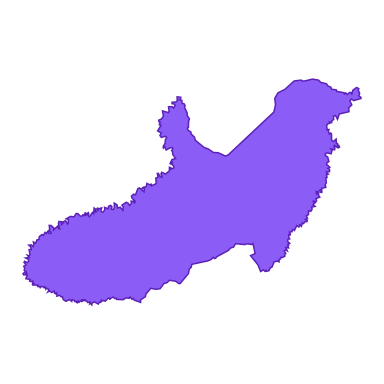 outline of Paragominas, Pará, Brazil
{"feature_id": "56859067B66130405512387", "entity_name": "Paragominas", "entity_type": "district", "adm_level": 2, "iso_a3": "BRA", "parent_name": "Brazil", "parent_adm1": "Pará", "projection": "natural_earth1", "projection_center": [-47.632, -3.124], "detail": "fine", "context": "isolated", "style": "filled", "palette": "violet", "viewbox_px": 384, "rotation_deg": 0, "n_neighbors": 0, "source": "geoboundaries", "source_scale": "gbopen_adm2", "svg_char_len": 5948}
<svg xmlns="http://www.w3.org/2000/svg" viewBox="0 0 384 384"><path d="M140.6,302.4L140.6,299.9L145.4,296.7L145.9,294.1L150.8,288.3L155.9,289.3L160.1,288.7L164.0,283.5L167.0,282.7L169.5,280.3L175.6,281.2L178.8,283.6L180.2,283.5L188.4,273.6L189.4,268.8L191.1,267.5L191.9,264.3L207.8,260.9L211.1,259.5L213.1,257.4L214.3,258.5L215.8,258.2L216.5,256.9L228.5,250.4L230.3,248.1L233.6,247.1L235.5,243.7L244.9,244.6L246.9,243.8L251.8,244.5L253.0,243.5L255.1,253.6L250.5,255.6L257.9,264.8L260.6,271.5L263.4,269.9L264.7,271.1L265.7,270.4L265.7,271.4L268.8,270.8L270.4,267.8L272.1,267.0L274.0,262.1L277.0,261.0L279.0,261.9L279.3,259.2L280.6,258.9L281.2,257.1L282.5,257.5L284.9,256.2L284.7,254.3L285.8,253.5L284.2,250.9L285.7,249.9L287.2,250.8L285.8,247.5L288.6,247.9L287.7,245.2L288.8,244.9L288.3,243.5L289.6,243.2L287.6,241.4L287.9,239.3L289.7,238.9L288.7,236.8L288.7,234.7L290.1,235.0L290.4,234.1L289.4,232.1L292.1,231.7L292.1,230.2L293.5,229.6L294.4,230.5L296.8,225.6L298.9,227.0L300.0,225.1L299.6,224.1L301.4,226.3L302.4,222.8L303.5,223.6L305.0,221.7L307.0,221.6L307.3,220.1L305.5,219.5L307.5,218.1L306.3,215.9L308.6,214.5L308.4,210.8L310.8,211.3L312.1,209.3L311.7,207.1L315.1,206.4L313.0,204.7L314.7,203.1L312.8,200.6L315.6,202.3L316.6,200.6L316.0,198.6L319.8,197.1L318.5,195.2L318.7,192.7L316.5,194.0L316.2,191.6L318.4,191.9L320.2,189.7L321.0,190.6L320.6,192.3L321.8,192.4L321.8,188.3L325.8,187.4L325.2,184.6L326.3,182.9L325.9,177.7L327.0,177.5L326.5,174.9L328.3,174.1L326.6,173.1L326.4,171.9L329.5,171.7L329.5,169.4L327.9,168.3L329.8,167.3L326.6,164.2L326.9,162.7L328.9,161.6L327.7,157.0L325.3,155.4L325.3,153.9L326.9,152.8L331.1,153.8L332.1,150.4L330.9,148.9L334.6,149.8L334.9,148.0L333.9,146.4L334.4,145.4L337.9,147.9L339.5,147.2L338.7,145.3L337.5,145.7L337.5,143.5L336.3,143.0L336.1,139.1L333.4,141.5L331.6,140.2L331.5,133.9L330.7,133.0L329.4,134.1L328.4,131.3L328.9,129.5L326.2,129.9L327.1,129.3L326.6,125.9L327.7,123.9L329.9,123.2L329.5,121.9L331.7,122.6L331.8,120.8L333.7,119.5L333.4,116.2L335.5,115.5L337.5,119.3L339.3,114.0L349.0,111.7L348.8,107.7L351.8,104.9L349.8,100.7L351.4,99.1L353.7,100.6L361.0,98.5L360.9,97.3L358.7,95.7L359.7,93.3L358.3,90.4L358.8,88.6L356.5,87.5L352.8,90.3L351.8,94.0L350.8,92.5L349.6,92.5L347.1,94.5L345.8,92.9L344.4,93.9L344.0,92.7L336.9,91.4L336.2,89.8L331.7,89.3L330.8,87.1L327.9,86.0L326.5,83.8L320.7,82.4L318.5,80.1L312.5,79.1L303.7,81.2L300.8,80.1L294.1,81.0L285.0,89.3L278.0,92.8L274.8,98.3L275.5,104.9L273.9,112.0L228.1,155.0L225.4,156.0L218.1,152.7L213.5,152.5L208.0,148.8L204.3,147.6L195.4,140.3L194.5,137.2L191.1,133.9L190.9,132.0L188.0,130.2L187.4,128.0L188.4,127.5L188.6,121.1L189.5,119.0L187.1,115.4L187.2,113.1L184.6,107.5L185.1,105.5L184.1,103.8L182.0,103.2L181.9,100.3L180.3,100.2L180.8,97.3L177.1,96.8L177.2,99.4L178.1,99.7L175.8,102.0L172.0,102.3L172.1,103.7L174.1,104.0L175.2,105.3L173.6,108.1L172.1,106.6L168.5,106.8L169.1,111.2L168.4,112.6L162.5,110.9L163.4,116.3L161.4,119.0L158.7,120.2L158.9,121.8L160.2,122.3L159.3,124.7L161.0,125.3L157.6,130.9L161.3,133.1L159.9,135.5L161.3,137.4L165.4,136.3L166.7,137.5L165.3,139.9L165.2,143.0L163.2,146.4L163.4,148.1L164.9,146.9L166.2,150.0L169.8,148.0L172.2,147.6L172.9,148.7L171.6,150.6L172.6,151.7L172.7,154.4L175.6,158.6L172.0,159.5L170.1,163.5L170.7,164.0L172.2,162.6L171.9,164.4L173.5,165.8L173.9,167.9L170.9,169.1L170.8,167.6L169.4,167.3L169.4,170.9L165.5,174.0L161.7,172.3L161.0,174.0L162.1,177.0L160.3,177.0L158.3,173.3L157.3,173.5L158.0,177.1L155.8,178.1L156.2,183.6L151.3,185.9L151.0,184.6L151.8,183.9L149.6,184.7L146.9,183.4L146.1,186.8L143.3,187.2L142.0,188.5L144.4,188.5L144.0,191.9L139.5,187.9L137.9,188.5L135.5,194.8L133.5,194.2L131.5,196.1L131.9,198.0L135.2,201.2L134.5,202.9L133.1,201.2L131.0,201.2L131.5,203.4L129.6,205.5L128.2,203.2L126.1,202.3L122.0,205.1L123.3,207.3L122.9,210.3L120.2,207.2L117.6,208.0L117.0,204.7L114.2,203.1L114.4,207.6L113.3,209.6L111.3,209.2L112.0,206.7L110.6,205.3L108.6,206.2L108.0,208.8L104.6,207.4L104.8,209.5L103.3,212.0L101.5,211.9L100.8,210.6L101.7,207.9L98.9,208.7L97.5,208.1L96.7,209.0L98.1,209.9L95.7,212.1L95.1,211.5L95.7,209.3L94.1,208.0L93.6,213.7L92.5,212.4L89.5,216.7L87.8,215.0L88.8,214.0L88.3,212.6L87.0,213.8L85.2,212.8L84.6,214.5L86.0,214.2L85.8,215.1L84.1,215.7L83.1,214.7L81.6,216.2L80.1,216.0L77.9,213.6L76.2,213.5L74.0,216.9L70.5,216.4L66.2,218.8L68.3,219.5L68.3,223.0L67.5,224.1L65.6,220.7L62.4,222.2L63.1,222.9L62.2,223.1L61.5,225.4L61.5,221.7L58.9,221.5L58.4,223.6L59.7,228.9L58.4,228.2L57.7,226.1L53.7,229.8L54.0,228.2L51.2,225.5L49.2,225.4L49.7,229.3L48.6,230.8L51.0,232.2L51.0,233.2L49.3,233.6L47.7,231.4L46.6,233.3L45.1,232.3L43.4,235.4L42.0,234.5L39.3,236.6L38.8,239.6L37.0,239.8L35.7,243.1L33.4,242.0L33.9,244.0L33.1,246.6L31.3,244.9L28.8,245.2L30.5,246.6L31.3,249.6L29.1,249.6L30.0,254.8L29.2,255.7L27.4,255.2L29.2,257.5L25.6,258.0L28.4,259.5L28.6,261.4L27.2,262.6L24.7,261.2L24.0,262.3L26.0,264.8L23.7,266.3L24.7,268.1L24.2,270.3L25.6,271.7L23.0,273.6L23.7,274.9L25.9,274.8L26.4,272.5L27.3,275.0L25.8,278.7L30.2,279.5L29.5,280.9L30.4,281.6L32.9,281.2L32.6,282.8L33.8,283.5L32.4,284.3L32.7,285.0L38.1,285.2L37.7,286.5L40.2,286.7L40.1,288.3L40.9,286.6L42.8,286.6L44.0,287.7L45.0,286.8L45.8,289.2L46.5,288.2L49.1,289.6L47.9,291.9L49.4,291.0L51.8,292.5L54.2,291.0L54.6,293.3L56.5,292.9L55.9,293.9L57.2,294.7L56.8,296.1L59.9,295.4L61.2,296.9L62.4,296.7L63.3,299.6L65.9,301.3L69.4,299.6L71.7,301.4L72.2,299.6L74.3,300.3L74.7,301.5L77.3,301.5L76.7,302.5L77.6,302.8L78.2,301.2L79.1,302.2L80.8,300.6L81.8,301.6L82.5,301.1L81.5,300.3L82.3,299.7L84.4,299.8L83.7,300.4L87.0,301.2L87.6,302.5L90.0,302.1L89.7,303.8L90.4,303.3L91.8,304.9L92.1,303.0L94.4,301.9L98.3,304.1L99.3,302.2L100.6,302.4L101.3,300.4L101.7,301.3L102.8,300.5L105.3,301.2L108.2,298.2L109.4,298.1L109.9,299.8L110.1,298.6L113.1,297.1L115.0,298.6L116.1,298.2L116.6,299.4L123.1,299.7L126.3,297.8L129.0,298.4L130.0,296.9L132.0,299.3L133.3,298.5L134.2,300.1L140.6,302.4Z" fill="#8b5cf6" stroke="#5b21b6" stroke-width="1.5"/></svg>